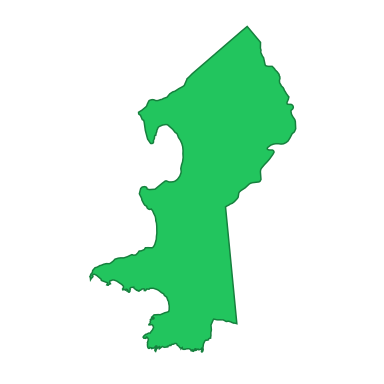 Savannes, Saint Lucia, rotated 85°
{"feature_id": "8701671B93850487776066", "entity_name": "Savannes", "entity_type": "district", "adm_level": 2, "iso_a3": "LCA", "parent_name": "Saint Lucia", "parent_adm1": "", "projection": "robinson", "projection_center": [-60.919, 13.77], "detail": "fine", "context": "isolated", "style": "filled", "palette": "green", "viewbox_px": 384, "rotation_deg": 85, "n_neighbors": 0, "source": "geoboundaries", "source_scale": "gbopen_adm2", "svg_char_len": 6066}
<svg xmlns="http://www.w3.org/2000/svg" viewBox="0 0 384 384"><g transform="rotate(85 192 192)"><path d="M107.9,238.3L109.6,238.3L110.2,237.8L111.0,236.7L115.6,235.2L116.3,234.0L117.7,233.6L126.7,233.1L135.4,231.6L140.0,229.0L140.2,228.2L140.1,226.8L138.8,225.9L137.7,226.1L135.4,224.8L133.0,224.4L132.4,224.0L132.4,223.2L129.9,222.5L129.0,221.9L127.7,221.7L124.6,220.0L123.9,218.9L122.7,215.4L122.5,212.3L122.8,210.6L127.8,205.8L131.2,203.6L132.4,202.0L133.6,201.5L136.6,200.7L139.4,199.1L142.9,197.9L146.2,197.3L150.1,197.3L153.0,197.7L156.9,197.8L161.2,198.8L164.2,200.1L167.6,201.1L170.8,201.0L172.0,201.3L175.0,202.7L176.8,204.2L178.1,205.4L179.6,207.7L180.1,209.4L180.2,211.6L180.0,214.0L178.7,216.6L178.7,217.7L180.7,220.9L186.0,228.6L185.9,234.2L185.3,236.0L184.9,236.5L183.7,236.7L183.1,237.2L182.5,238.8L182.7,241.2L184.0,242.8L189.2,244.6L193.8,242.8L195.7,242.6L199.4,241.1L201.0,240.2L202.3,238.4L203.9,238.1L205.2,236.9L205.7,235.6L205.4,234.1L207.4,232.8L209.7,232.1L213.3,230.7L215.8,230.5L217.4,230.6L219.8,230.1L223.0,230.1L230.0,230.6L233.1,231.3L236.0,231.7L240.9,233.6L243.2,235.1L244.1,236.5L243.6,241.0L243.5,243.3L245.2,244.6L246.2,247.7L246.2,249.8L248.0,251.3L249.8,253.5L249.9,255.7L249.3,256.8L249.2,257.6L250.8,261.9L251.7,265.7L251.4,268.9L251.5,271.3L252.2,274.6L253.9,276.4L255.5,278.9L256.2,280.3L255.9,283.7L256.3,286.4L257.2,289.1L257.2,290.0L258.6,293.0L259.0,295.2L261.5,297.8L263.5,298.3L264.7,299.6L265.6,300.2L266.4,300.1L267.1,301.1L268.1,300.7L268.5,300.9L269.5,300.5L269.8,300.7L270.5,300.7L268.7,299.4L268.6,298.8L268.1,298.4L267.3,298.0L266.5,298.4L265.5,297.8L265.4,296.5L266.6,294.4L268.9,292.1L271.1,290.0L271.5,290.1L272.2,290.0L275.0,284.2L276.0,284.2L277.1,285.0L277.6,283.9L277.5,283.4L276.9,283.0L276.3,281.2L275.5,281.5L275.1,282.1L274.6,282.2L274.2,281.8L273.2,281.3L273.2,280.3L272.7,278.9L272.9,277.4L274.1,274.8L278.0,270.0L279.6,268.7L280.7,268.5L281.0,268.7L281.8,268.9L282.6,269.7L283.5,269.4L283.2,268.4L283.3,267.3L284.0,267.0L284.0,266.3L283.2,266.2L283.1,265.8L283.5,265.3L283.6,264.8L284.4,264.5L284.4,264.8L285.1,265.1L285.1,264.3L286.1,264.1L286.3,263.7L286.3,263.1L285.3,262.4L284.5,262.4L283.6,262.0L283.1,262.3L282.2,261.8L281.8,261.1L281.7,258.3L282.5,258.3L284.4,256.5L284.5,256.0L285.1,255.7L285.1,255.0L285.9,254.3L286.1,253.7L286.1,253.3L285.4,253.1L285.4,251.9L284.4,250.4L284.2,248.9L284.6,247.9L286.0,248.1L286.2,246.9L284.6,245.4L285.0,244.2L285.0,243.1L284.5,242.7L284.3,242.3L284.5,238.9L286.3,234.9L287.7,233.1L289.6,231.2L291.0,229.1L292.7,228.5L294.5,226.4L298.2,225.4L298.8,224.9L300.8,224.9L303.5,224.6L307.2,225.0L309.0,225.6L309.5,227.0L309.9,229.5L311.5,234.4L311.2,236.1L311.1,240.2L311.3,240.9L312.0,241.5L312.9,242.6L313.2,243.2L313.5,243.2L313.8,241.4L314.2,240.7L314.3,240.7L315.0,241.2L315.2,241.9L314.8,243.6L315.4,244.6L315.9,244.5L316.1,244.2L316.9,244.8L317.7,245.0L318.5,244.8L319.6,245.7L320.1,246.5L320.7,246.4L320.7,244.8L320.6,243.5L321.6,242.6L323.6,242.1L325.9,243.4L327.9,245.3L328.8,245.8L328.8,247.6L329.7,249.6L329.7,250.4L331.0,252.3L332.3,253.4L333.5,252.7L333.5,251.9L333.8,250.8L333.4,250.3L332.9,250.4L332.5,250.0L332.9,249.2L334.8,248.3L336.5,248.8L338.3,249.6L339.4,249.4L340.1,249.7L341.9,249.7L342.7,249.6L343.8,249.1L344.1,248.5L343.9,247.7L343.2,247.4L343.5,247.0L343.7,245.8L344.5,245.8L344.5,245.5L344.1,244.8L344.2,243.5L342.2,241.3L342.3,240.6L343.1,240.4L343.6,240.7L344.7,241.9L345.9,242.7L346.8,242.8L347.6,242.1L346.1,241.4L344.9,240.6L343.1,238.0L343.6,237.6L344.4,237.9L345.0,238.4L345.4,238.3L343.3,235.0L344.3,233.2L344.2,229.9L343.8,230.0L343.8,229.5L343.5,229.5L343.0,227.7L342.6,227.4L343.1,226.5L342.0,225.4L342.0,223.6L341.3,222.2L341.5,221.6L341.6,220.8L342.4,220.2L342.8,220.2L343.5,219.9L343.6,219.5L344.3,218.7L346.1,217.6L346.3,216.6L347.3,216.6L346.3,215.3L346.8,215.3L347.9,214.7L348.1,212.7L347.7,210.9L347.9,208.5L348.5,207.5L349.1,207.0L350.1,206.7L350.1,206.3L349.4,206.2L349.3,205.1L349.5,204.9L350.2,205.4L350.5,205.4L350.8,204.5L348.5,202.7L348.5,201.9L348.8,201.6L350.1,202.4L350.0,201.5L349.0,199.9L349.1,199.4L349.8,199.0L349.4,196.6L348.4,195.9L348.6,195.6L349.3,195.6L350.3,195.8L351.6,196.5L352.1,196.4L352.1,195.6L351.2,195.0L349.9,194.6L348.2,194.7L344.3,193.8L341.5,192.2L340.7,190.9L341.0,190.4L340.7,188.5L339.8,188.3L339.3,187.3L339.2,186.2L337.7,186.0L337.0,185.7L333.8,185.5L331.1,184.7L326.2,184.7L320.8,181.8L320.5,181.4L321.5,178.3L322.1,172.1L324.0,169.2L323.9,166.9L324.8,164.6L325.4,163.7L326.2,162.1L326.4,160.6L327.1,158.8L209.8,159.9L208.9,158.3L208.2,156.4L207.5,155.4L206.7,152.8L205.3,150.6L202.8,147.8L201.7,146.8L201.0,146.4L197.2,145.5L196.1,144.8L194.9,143.2L192.5,138.7L188.9,134.1L188.4,132.9L188.0,131.0L187.8,124.5L187.4,123.5L187.1,123.2L185.5,122.2L177.8,122.1L175.6,121.6L174.0,120.4L171.1,117.5L168.2,114.2L165.5,111.5L161.5,108.1L159.7,106.9L159.3,106.8L158.4,107.0L157.8,107.4L157.5,107.8L157.2,108.3L156.8,111.8L156.3,112.7L155.7,113.3L155.4,113.3L154.3,112.8L152.2,109.5L151.4,106.7L151.2,104.3L151.4,101.8L152.0,99.1L152.0,97.4L151.9,96.4L151.2,94.7L151.2,94.4L149.7,92.0L146.7,89.7L142.6,87.1L141.3,85.1L140.7,84.6L138.1,83.2L130.8,82.9L128.8,83.3L125.6,85.1L123.2,86.1L120.3,86.4L119.3,86.1L118.0,84.4L117.5,84.1L116.6,83.7L115.3,83.8L114.4,84.3L113.6,85.1L113.3,85.9L113.2,87.2L112.9,89.0L112.7,89.4L112.2,89.6L111.1,89.6L107.9,87.9L105.7,87.2L105.3,87.7L104.7,87.9L102.3,89.4L100.1,90.4L98.7,91.2L97.6,91.4L96.0,92.1L93.9,93.9L93.0,94.1L90.9,95.2L88.6,95.2L86.5,94.5L84.6,94.5L83.7,95.0L82.5,95.0L81.1,95.7L80.6,96.3L79.9,96.5L77.5,98.6L77.0,98.7L75.7,99.6L73.8,101.2L73.5,104.9L73.0,106.8L72.3,107.8L71.5,108.1L64.4,109.0L62.8,110.0L58.7,111.4L56.7,110.9L54.7,111.3L48.9,110.7L31.9,122.6L35.7,128.1L74.3,181.6L76.8,184.5L78.9,187.2L79.2,187.2L85.3,190.5L86.2,192.1L87.9,196.1L90.1,200.2L90.6,202.5L92.3,205.6L95.4,208.6L96.4,212.5L97.1,213.7L97.2,215.2L97.9,217.8L97.9,218.8L97.8,220.1L96.8,222.0L96.5,223.6L96.8,225.6L97.2,226.7L97.6,227.1L100.8,229.0L102.1,229.5L103.1,230.4L106.1,234.7L107.9,238.3Z" fill="#22c55e" stroke="#15803d" stroke-width="1.5"/></g></svg>